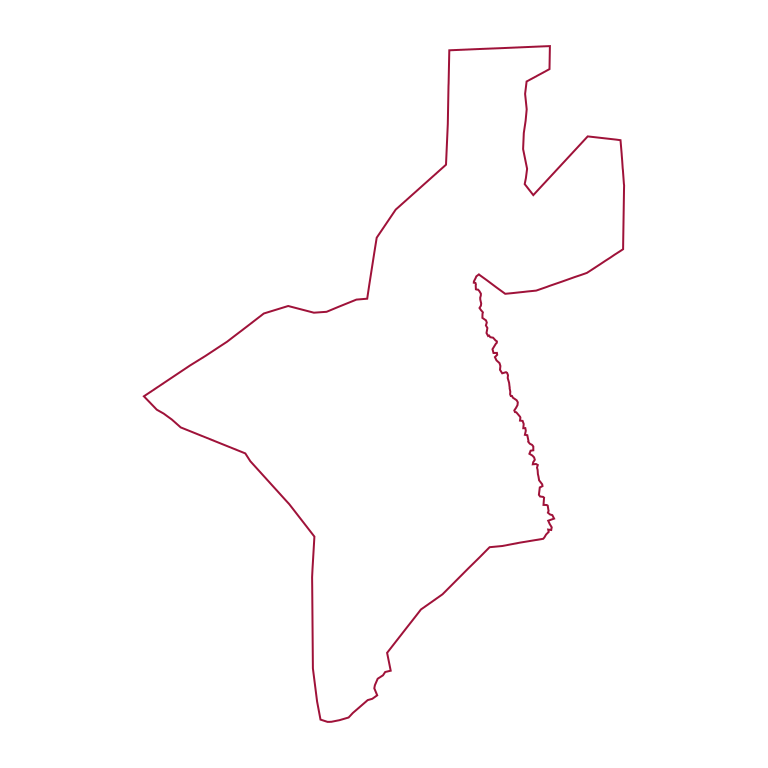 the district of Santa Cruz Tayata, Oaxaca, Mexico
{"feature_id": "50627088B22135699876019", "entity_name": "Santa Cruz Tayata", "entity_type": "district", "adm_level": 2, "iso_a3": "MEX", "parent_name": "Mexico", "parent_adm1": "Oaxaca", "projection": "robinson", "projection_center": [-97.56, 17.376], "detail": "fine", "context": "isolated", "style": "outline", "palette": "rose", "viewbox_px": 768, "rotation_deg": 0, "n_neighbors": 0, "source": "geoboundaries", "source_scale": "gbopen_adm2", "svg_char_len": 3125}
<svg xmlns="http://www.w3.org/2000/svg" viewBox="0 0 768 768"><path d="M586.9,272.9L595.8,267.1L601.0,263.7L605.5,260.7L610.2,257.7L614.3,254.9L621.6,250.2L623.1,249.2L623.2,241.3L623.9,197.0L624.0,189.8L624.1,185.4L623.9,183.8L623.4,176.9L622.9,170.0L622.7,168.4L622.2,160.9L621.7,154.7L621.7,154.3L620.5,140.2L616.1,139.6L587.7,136.4L533.3,195.1L524.7,184.1L525.9,178.1L527.1,168.8L523.1,149.1L523.8,133.0L525.6,120.9L526.7,109.3L525.1,93.9L526.6,81.5L549.5,69.1L549.9,46.1L542.3,46.4L514.1,47.6L504.8,48.0L500.2,48.2L492.3,48.5L482.2,48.9L475.1,49.2L449.3,50.3L448.6,83.6L448.5,85.8L447.8,124.0L446.0,164.7L395.7,209.6L383.2,228.1L376.7,237.7L374.2,253.3L369.2,285.3L367.2,298.7L356.4,299.6L338.6,306.8L326.6,311.8L313.9,312.7L288.2,306.0L263.8,313.5L247.1,326.4L232.8,337.3L227.1,341.7L219.6,346.6L205.5,355.9L190.0,365.5L143.9,396.3L156.8,409.7L163.7,413.6L167.1,416.1L171.8,419.5L180.7,427.4L245.3,453.4L250.3,461.2L285.9,500.5L289.2,504.1L293.4,509.5L314.4,536.6L313.6,550.4L312.5,569.0L312.1,577.2L312.2,586.0L312.9,668.4L317.1,701.6L320.5,719.6L327.6,721.9L331.3,721.8L337.3,720.6L339.4,720.2L348.6,717.5L352.9,712.9L367.7,700.1L372.3,698.8L377.2,695.3L374.3,688.3L374.9,685.2L377.7,678.7L383.0,675.3L385.2,672.0L390.7,670.7L387.1,652.8L387.6,652.2L406.0,628.6L416.9,614.7L420.9,609.5L436.4,598.6L442.5,594.3L468.4,568.3L479.0,557.9L489.6,547.2L502.3,546.0L519.6,542.7L543.2,538.8L544.4,537.4L546.1,534.5L548.7,531.9L548.2,529.6L551.2,530.0L551.7,527.3L549.7,524.0L548.2,520.7L554.1,518.6L552.3,515.1L550.1,514.5L547.9,512.7L548.6,510.8L548.4,510.0L547.7,505.6L546.7,505.0L543.5,504.9L544.0,498.3L544.1,497.7L543.1,496.9L540.1,496.5L538.9,494.8L539.8,487.4L541.2,486.8L542.5,486.1L542.2,484.3L539.1,480.3L538.5,476.7L538.2,475.3L537.9,474.2L537.6,469.8L537.0,467.7L537.8,465.0L536.0,464.0L532.8,464.3L533.2,462.2L534.8,459.8L534.1,457.4L532.3,455.5L529.4,453.8L530.6,450.7L533.3,450.3L533.3,446.5L532.1,444.9L529.8,443.7L528.2,441.7L528.5,441.2L527.3,435.2L524.9,434.8L525.8,430.8L525.3,428.1L523.3,428.2L523.7,424.0L522.6,420.9L520.0,420.6L520.4,417.7L520.1,416.8L516.3,412.3L515.0,412.1L514.3,410.4L516.0,407.9L517.5,405.1L517.8,402.3L516.6,400.2L512.9,397.7L512.0,396.0L510.8,396.0L510.1,394.2L510.3,391.7L509.6,388.1L509.7,387.3L509.5,386.4L509.1,382.8L507.7,378.0L508.0,375.2L507.1,372.9L506.0,372.2L502.2,373.3L500.0,369.8L500.4,366.0L499.5,363.1L496.5,360.4L494.9,357.1L497.2,354.8L496.9,352.9L493.5,353.0L492.5,349.2L495.8,343.8L496.8,342.8L496.9,341.4L495.5,340.4L493.1,337.7L490.3,337.2L489.0,335.5L488.1,336.0L486.5,333.0L487.4,328.0L485.9,325.4L486.8,322.6L486.0,320.4L482.4,317.9L482.5,313.8L482.9,312.4L482.3,311.6L481.1,310.3L479.5,308.0L480.9,305.7L481.2,303.5L480.3,299.7L480.2,297.7L480.8,295.6L480.9,293.7L479.3,291.0L478.0,289.6L476.9,289.6L475.9,289.3L475.7,285.6L475.9,284.4L475.4,282.9L473.8,282.7L473.9,281.4L475.6,278.1L476.3,276.4L478.9,274.4L480.0,275.3L486.8,280.2L496.0,287.1L505.2,293.8L512.5,293.1L519.9,292.3L523.8,291.9L527.2,291.5L536.2,290.6L544.0,287.9L546.6,287.0L549.5,285.9L562.0,281.6L574.9,277.0L580.6,275.1L586.9,272.9Z" fill="none" stroke="#9f1239" stroke-width="2"/></svg>